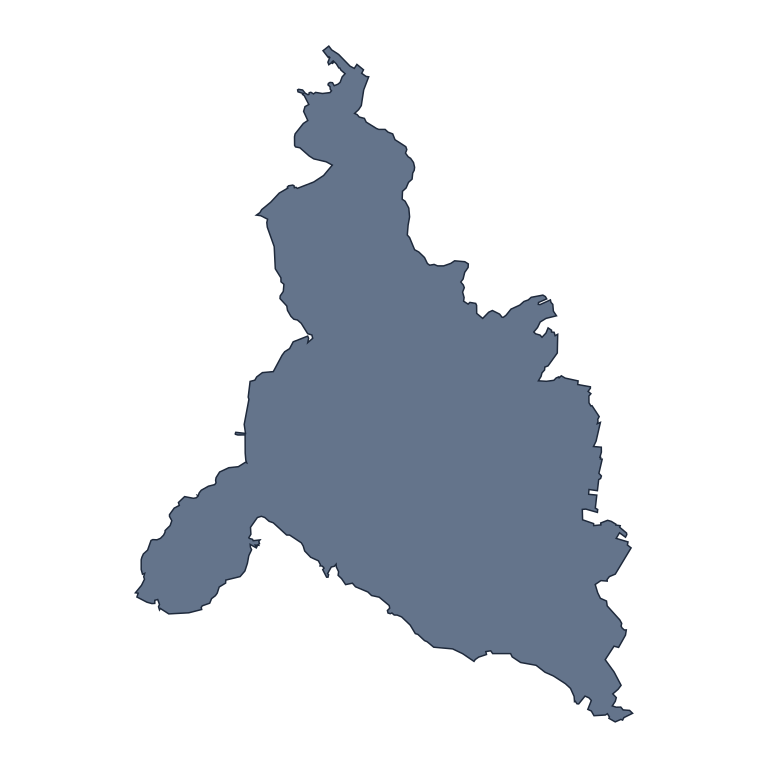 the district of Aghiresu, Cluj, Romania
{"feature_id": "2599482B10502260282790", "entity_name": "Aghiresu", "entity_type": "district", "adm_level": 2, "iso_a3": "ROU", "parent_name": "Romania", "parent_adm1": "Cluj", "projection": "mercator", "projection_center": [23.266, 46.881], "detail": "fine", "context": "isolated", "style": "filled", "palette": "slate", "viewbox_px": 768, "rotation_deg": 0, "n_neighbors": 0, "source": "geoboundaries", "source_scale": "gbopen_adm2", "svg_char_len": 6078}
<svg xmlns="http://www.w3.org/2000/svg" viewBox="0 0 768 768"><path d="M632.6,713.3L629.6,710.4L623.1,709.9L620.8,707.1L616.2,707.2L612.3,705.9L615.3,701.3L616.3,697.6L612.8,693.9L618.1,689.3L621.1,685.3L614.1,672.0L605.2,659.7L614.0,646.2L618.6,647.4L625.5,635.1L626.3,629.9L624.3,630.0L622.1,628.0L621.1,626.2L621.7,623.4L619.8,619.9L607.2,605.9L606.5,601.0L600.4,598.3L597.7,592.8L595.2,584.5L600.9,580.6L607.2,581.1L607.1,579.5L609.4,576.6L615.3,574.1L631.1,547.9L627.4,545.0L628.0,541.9L616.2,538.4L619.5,532.8L625.5,537.2L626.8,534.6L626.5,533.0L619.7,527.3L620.2,525.7L615.8,525.0L615.9,524.2L611.3,521.4L607.6,520.3L600.7,523.0L600.9,524.9L593.7,525.6L593.6,523.6L582.6,519.8L582.3,509.4L585.8,509.1L597.4,512.4L597.7,509.5L595.3,508.1L596.8,495.1L588.7,494.3L588.7,492.9L589.0,489.5L597.4,490.7L598.7,479.6L600.6,478.5L601.4,476.0L598.9,473.3L602.2,459.2L600.4,458.9L600.7,457.4L599.9,457.3L601.4,452.1L601.3,447.2L593.5,446.5L596.1,441.1L600.4,422.4L597.3,423.7L598.0,421.3L597.7,419.5L599.2,416.6L592.0,405.7L590.8,405.9L589.0,402.8L588.9,396.0L590.9,393.7L588.1,391.4L590.4,388.2L590.4,386.8L577.7,384.5L578.1,380.9L565.2,378.1L561.3,375.8L559.1,377.8L558.7,376.9L556.1,378.0L553.9,380.3L546.4,381.3L538.4,380.8L541.1,376.3L541.9,373.0L544.6,369.9L544.8,367.1L548.0,365.9L557.3,353.0L557.7,334.3L555.1,335.7L554.1,332.3L551.5,332.0L551.5,330.2L548.1,327.9L546.0,333.0L542.0,337.3L540.1,335.1L535.6,333.8L533.8,332.0L537.5,327.6L540.2,322.0L546.0,318.4L556.5,315.8L553.4,311.2L552.8,304.4L551.0,302.4L550.4,299.9L540.1,304.6L538.3,304.4L538.5,302.5L546.7,298.9L545.4,296.6L542.9,295.1L531.2,297.3L528.3,299.9L523.9,301.5L519.8,305.1L511.0,309.1L506.0,315.3L503.2,317.4L502.0,317.2L499.6,314.1L492.4,310.5L488.7,312.2L482.7,318.4L476.7,313.4L476.6,305.4L475.7,303.4L469.9,302.4L468.1,304.1L463.6,301.2L464.1,297.5L462.6,292.1L464.3,287.7L463.3,285.0L460.8,282.0L463.1,279.0L464.7,272.4L468.1,267.5L468.3,263.9L464.8,261.7L454.6,260.8L450.8,263.4L443.6,265.9L437.6,265.9L434.1,264.4L429.7,265.2L427.4,263.5L424.5,257.5L418.8,252.0L414.6,249.7L409.6,237.6L407.3,235.0L408.1,225.2L409.6,216.9L408.8,208.1L405.1,201.2L402.2,199.2L402.5,191.3L406.1,188.0L408.5,182.4L412.1,179.1L412.7,173.1L414.2,170.3L414.6,167.3L413.5,162.5L410.6,158.3L408.2,156.8L405.5,153.1L406.8,149.6L405.8,146.7L395.0,139.7L392.7,133.9L388.0,132.1L385.1,129.4L378.7,129.4L376.5,128.5L366.2,122.1L364.4,118.4L359.2,117.0L357.2,114.6L354.6,113.4L358.6,109.7L361.3,105.6L363.7,89.9L368.7,76.8L366.0,76.4L361.7,73.3L363.5,69.8L356.9,64.4L354.3,68.4L350.1,66.2L338.6,54.4L331.7,49.9L328.8,46.1L323.0,50.7L328.2,57.4L328.9,56.7L329.8,57.5L327.9,62.2L328.8,64.7L331.3,62.9L332.6,63.4L333.2,62.6L332.2,61.8L333.2,60.9L336.3,63.8L338.9,68.0L339.8,68.0L341.0,70.2L345.1,73.7L342.2,76.8L340.1,82.4L337.9,84.2L334.2,85.7L332.5,82.7L330.1,82.4L328.4,83.4L328.0,84.9L330.0,86.7L330.3,89.4L331.5,90.8L330.0,92.6L322.4,93.5L315.6,92.4L313.5,93.9L310.9,92.3L309.2,92.7L308.9,94.4L307.9,94.7L305.3,93.3L302.6,90.0L298.6,89.3L297.6,89.9L298.0,91.8L303.3,93.6L302.6,94.5L304.2,95.6L308.8,104.5L305.0,106.6L303.6,111.4L307.8,120.5L303.3,123.5L295.1,133.9L294.5,136.8L294.6,145.4L295.5,146.9L299.9,147.8L309.2,156.0L313.8,158.9L326.2,161.8L332.3,165.1L323.6,175.5L313.7,182.0L297.3,188.4L296.0,187.3L294.4,187.7L294.0,185.7L292.7,185.1L288.6,185.8L287.3,187.1L287.8,188.1L279.2,193.1L270.7,202.2L261.7,209.6L259.9,212.6L256.4,215.1L260.7,215.7L267.6,219.2L266.8,222.5L267.3,227.2L274.2,246.6L275.3,268.8L280.9,277.8L281.0,281.8L283.9,284.3L283.3,291.4L280.2,295.9L280.0,298.6L286.8,306.0L287.5,310.4L290.9,316.3L293.8,319.2L297.4,320.0L301.2,323.3L307.7,333.7L311.9,335.0L312.7,338.3L307.7,342.7L308.6,338.2L307.7,336.1L293.2,341.8L289.6,348.6L284.7,351.7L282.1,355.2L273.3,371.6L262.4,372.6L256.7,376.9L254.8,380.2L250.1,381.4L248.2,397.1L248.9,399.4L244.2,424.4L245.5,433.4L235.8,432.3L235.3,433.5L235.4,434.3L237.9,435.0L245.1,434.9L245.2,453.1L245.8,460.2L246.7,462.8L245.5,462.2L238.3,466.7L228.8,467.7L219.6,472.0L216.1,477.6L215.6,480.2L216.0,482.8L214.7,484.6L208.4,486.2L201.3,490.2L199.2,492.8L198.2,495.7L197.4,495.4L197.9,496.3L196.2,497.8L193.4,498.3L184.6,496.6L178.4,502.5L179.3,505.4L174.2,508.1L169.5,514.6L169.5,516.4L171.8,520.7L170.1,525.6L165.1,530.5L165.0,532.3L163.6,535.1L160.5,538.3L157.0,539.8L152.7,539.6L151.0,540.5L147.6,550.1L143.4,553.9L141.9,557.2L141.2,559.7L141.2,569.5L142.5,574.2L144.7,573.3L143.7,576.8L144.5,579.2L141.5,585.3L135.4,592.8L138.2,593.2L136.9,597.0L146.9,602.2L151.9,603.6L154.8,603.4L154.8,600.3L157.7,599.5L159.5,604.5L158.5,606.7L159.5,609.9L160.4,608.5L168.8,613.9L188.8,612.8L201.7,609.5L201.2,607.5L202.3,605.8L209.7,603.2L211.6,598.6L215.4,595.7L217.2,593.2L219.2,587.0L225.6,583.1L225.8,580.1L240.1,576.6L244.9,571.0L247.4,563.3L248.8,555.7L251.6,549.7L250.4,547.1L250.2,544.4L256.3,547.9L257.1,546.2L256.0,546.4L255.2,545.1L258.6,545.3L258.1,544.6L259.5,543.7L258.8,541.5L260.0,539.9L253.2,540.7L252.5,539.3L249.3,538.4L248.8,537.7L250.9,534.3L250.5,527.3L257.4,517.5L261.4,516.3L264.8,517.5L269.1,521.3L273.3,522.8L286.6,535.0L289.7,535.1L301.3,542.8L303.2,546.0L304.7,551.0L310.7,557.3L318.4,560.8L320.4,564.7L320.0,565.9L322.0,566.0L323.6,567.4L324.0,568.2L322.7,569.6L326.6,577.2L328.0,577.2L328.6,574.6L327.6,573.6L331.3,567.0L334.3,566.3L336.1,564.2L336.3,566.9L338.6,571.7L338.1,575.3L341.6,578.7L345.6,584.6L352.4,583.2L355.5,586.8L367.9,592.0L371.5,595.5L379.2,597.2L389.2,605.5L389.7,608.2L387.4,610.5L388.0,613.0L390.3,613.7L391.9,613.0L394.2,615.0L397.2,615.1L401.6,616.9L410.2,625.1L415.3,633.6L417.9,634.4L424.5,640.6L427.1,641.7L433.7,647.2L452.6,648.9L462.5,653.6L474.0,661.4L475.3,659.5L478.7,657.1L486.5,654.5L485.8,651.6L490.7,650.8L492.7,653.6L510.6,653.6L512.2,656.9L520.6,662.5L536.1,665.3L545.1,672.3L553.3,675.9L565.4,683.7L570.5,688.4L574.1,696.4L574.5,701.6L575.2,701.2L577.0,703.8L578.7,703.9L585.0,696.1L588.9,697.8L591.3,700.5L587.8,709.4L591.3,711.0L594.0,715.7L605.4,715.0L607.4,713.7L609.4,717.0L608.9,718.3L615.2,721.9L620.9,719.4L622.6,720.1L623.9,717.6L632.6,713.3Z" fill="#64748b" stroke="#1e293b" stroke-width="1.5"/></svg>